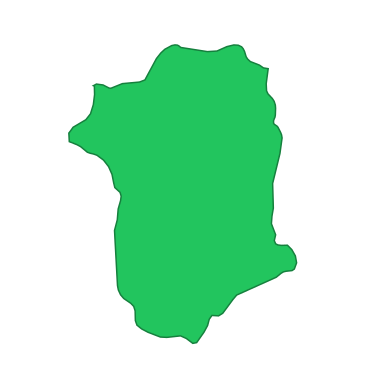 outline of Sikkim, rotated 165°
{"feature_id": "IND-3259", "entity_name": "Sikkim", "entity_type": "State", "adm_level": 1, "iso_a3": "IND", "parent_name": "India", "parent_adm1": "", "projection": "natural_earth1", "projection_center": [88.435, 27.596], "detail": "fine", "context": "isolated", "style": "filled", "palette": "green", "viewbox_px": 384, "rotation_deg": 165, "n_neighbors": 0, "source": "natural_earth", "source_scale": "10m", "svg_char_len": 1595}
<svg xmlns="http://www.w3.org/2000/svg" viewBox="0 0 384 384"><g transform="rotate(165 192 192)"><path d="M297.5,272.4L295.7,280.8L293.6,282.4L290.1,285.3L275.8,289.3L269.8,293.8L264.7,301.9L260.9,311.3L258.9,319.6L259.7,320.2L256.4,321.0L250.2,318.4L245.1,313.8L243.4,313.2L231.2,314.7L214.3,311.8L208.5,312.4L191.8,330.1L186.2,334.3L181.3,336.9L173.7,338.7L170.4,338.5L168.2,337.7L167.0,336.7L165.4,334.5L140.8,323.6L131.4,321.7L120.7,323.4L113.5,323.2L109.3,321.8L106.5,319.4L105.5,317.2L104.9,314.3L104.7,308.6L103.8,305.9L101.9,302.9L94.0,297.1L90.9,293.4L86.5,291.4L92.3,277.4L93.8,270.4L93.2,267.1L90.2,261.5L89.2,258.4L89.0,254.4L89.6,251.2L91.6,244.7L92.5,242.8L93.7,241.3L94.8,239.7L95.4,237.2L94.9,236.0L92.8,233.6L92.2,232.3L91.0,226.7L90.7,224.0L91.0,220.9L97.1,206.4L111.9,179.4L117.6,155.4L121.0,148.0L123.5,140.8L122.3,129.0L125.1,123.7L124.6,120.3L122.7,118.6L119.5,117.3L113.6,115.9L110.5,110.5L108.7,103.5L109.3,96.5L113.1,91.1L115.7,90.2L121.5,91.1L124.3,91.2L127.1,90.4L132.6,87.9L175.5,80.9L180.4,77.5L180.5,77.5L180.5,77.4L193.7,66.9L198.4,65.5L204.7,67.6L208.3,64.6L211.5,59.0L216.7,53.5L226.5,45.3L230.4,45.6L235.4,52.0L240.3,56.0L254.0,58.1L260.1,60.1L270.7,67.8L276.1,72.8L279.5,77.4L279.6,77.5L280.0,82.4L277.7,91.9L277.9,96.6L279.9,100.3L285.5,106.8L287.6,111.2L288.5,116.4L288.2,120.8L276.8,174.9L271.4,184.4L267.7,194.7L263.2,202.2L261.5,206.3L261.6,210.3L265.4,216.2L265.3,220.9L264.7,229.7L266.0,238.1L269.2,245.7L274.4,252.2L277.5,254.3L280.2,255.7L282.8,257.5L287.9,264.7L290.9,267.5L297.5,272.4Z" fill="#22c55e" stroke="#15803d" stroke-width="1.5"/></g></svg>